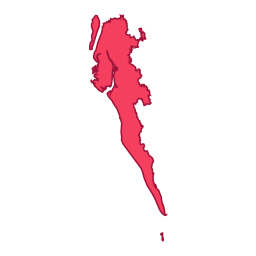 Cox's Bazar, Chittagong, Bangladesh (Robinson projection)
{"feature_id": "16705992B34517682786426", "entity_name": "Cox's Bazar", "entity_type": "district", "adm_level": 2, "iso_a3": "BGD", "parent_name": "Bangladesh", "parent_adm1": "Chittagong", "projection": "robinson", "projection_center": [92.099, 21.257], "detail": "fine", "context": "isolated", "style": "filled", "palette": "rose", "viewbox_px": 256, "rotation_deg": 0, "n_neighbors": 0, "source": "geoboundaries", "source_scale": "gbopen_adm2", "svg_char_len": 5673}
<svg xmlns="http://www.w3.org/2000/svg" viewBox="0 0 256 256"><path d="M123.4,19.1L123.1,15.4L122.4,15.7L122.2,16.4L120.5,15.4L121.0,17.3L120.3,17.6L120.0,18.7L119.6,18.3L116.6,19.0L115.9,18.3L114.6,18.1L112.8,19.2L111.8,19.3L110.6,18.7L110.4,19.9L109.7,20.8L110.4,21.2L109.7,22.2L108.7,22.1L108.9,21.1L108.5,20.8L107.6,22.2L106.7,21.9L105.8,23.2L104.2,23.1L103.4,23.5L103.8,25.9L103.2,26.5L102.5,26.4L102.3,29.6L101.4,33.5L98.1,41.8L96.0,50.0L94.1,53.2L94.2,54.3L93.6,56.0L93.8,58.2L94.8,59.0L94.8,59.6L96.8,61.9L97.5,62.1L98.3,61.8L98.4,61.0L96.8,57.6L97.0,55.5L98.1,54.3L100.9,53.5L97.7,54.9L97.2,56.0L97.3,57.8L98.9,60.8L98.9,62.5L98.0,64.4L98.1,65.7L97.5,65.0L97.2,66.1L96.1,66.5L95.6,67.6L95.6,69.2L95.1,70.9L95.5,71.4L96.6,69.6L97.0,69.6L97.7,67.4L97.1,70.3L97.6,70.6L97.5,71.1L96.5,71.7L96.0,72.7L95.9,74.1L96.4,74.5L94.5,74.4L94.1,75.8L95.0,77.1L95.7,76.8L95.9,77.9L98.7,79.3L97.8,79.3L97.9,80.3L97.5,79.9L96.4,79.9L96.2,80.3L94.5,79.7L92.9,81.8L93.4,82.8L95.0,83.5L94.5,83.9L93.3,83.2L94.6,86.0L95.2,86.0L95.5,86.8L96.0,87.0L99.0,90.4L101.5,91.4L102.2,90.7L101.7,91.9L102.0,92.1L102.6,92.1L103.7,89.7L104.7,90.0L105.6,89.0L102.9,88.7L100.6,86.6L103.3,88.5L103.9,88.1L105.9,88.4L106.2,87.6L105.7,86.5L107.9,86.4L111.3,85.4L112.1,79.5L112.5,70.8L113.3,67.5L113.1,69.6L113.7,69.2L113.6,67.9L112.2,62.8L109.0,58.4L106.9,51.5L107.0,50.5L109.3,58.4L111.6,60.7L113.8,64.4L114.4,64.7L116.0,67.9L116.2,69.2L115.8,70.0L117.0,69.9L117.4,69.2L116.3,66.3L117.6,68.9L117.2,70.0L115.0,71.2L113.6,75.2L114.8,83.8L115.5,84.0L116.1,85.0L116.0,86.8L117.0,86.8L117.7,87.4L115.8,86.9L116.0,85.6L115.0,84.3L111.7,91.4L110.9,91.4L111.0,92.2L110.3,94.1L110.2,93.5L110.7,91.9L110.3,91.0L107.8,92.6L107.2,93.9L108.5,96.7L112.2,100.8L113.0,102.7L117.3,109.3L119.8,116.0L119.8,118.3L120.8,119.1L120.6,119.4L121.7,123.1L121.1,131.9L121.7,137.1L121.5,140.3L123.4,144.4L140.9,168.0L142.2,170.7L144.3,178.4L147.5,186.1L151.2,191.8L154.9,198.5L159.5,209.4L161.1,212.1L163.2,214.3L165.1,215.4L165.9,215.3L166.2,214.9L165.5,215.1L164.5,214.3L164.9,213.6L164.8,212.3L164.2,211.9L164.5,210.9L163.7,206.7L161.9,202.1L161.1,196.8L158.9,191.0L158.5,190.2L155.7,187.6L154.2,185.1L153.0,179.4L153.2,175.1L152.5,172.7L152.4,169.8L151.5,167.2L152.4,163.0L153.2,162.0L153.5,161.0L152.5,158.2L148.9,155.1L147.4,151.2L146.5,150.8L145.0,151.4L144.0,150.5L143.6,147.9L144.4,146.1L143.9,144.2L142.8,143.9L141.1,144.6L140.4,144.4L139.9,140.9L140.5,140.3L139.8,139.4L140.2,137.9L139.7,137.5L139.6,136.5L139.2,136.0L139.5,135.2L138.9,135.0L139.4,134.6L139.0,134.1L139.6,132.9L141.0,131.8L141.3,128.8L142.6,127.6L142.4,126.6L142.9,126.4L142.6,125.6L141.3,125.9L141.0,125.6L141.2,124.9L140.4,123.8L140.7,123.3L139.8,122.6L139.7,121.0L139.2,121.0L137.8,118.7L137.6,117.3L136.9,117.1L136.6,113.4L135.9,112.3L135.6,112.6L135.1,109.5L133.9,107.2L133.6,104.4L133.2,103.8L134.7,103.3L135.2,104.0L135.7,103.9L136.1,102.8L137.5,101.8L137.2,101.2L137.5,99.7L138.7,98.5L139.2,98.9L140.9,98.5L141.4,99.8L142.2,99.4L143.3,102.9L143.8,103.4L143.7,104.3L144.2,105.5L146.0,104.7L146.9,103.8L149.2,104.3L150.8,103.4L150.8,102.5L149.5,101.5L150.1,99.5L148.8,98.9L148.8,97.1L148.2,96.1L149.1,95.9L149.1,94.9L150.1,95.1L149.6,94.3L149.8,93.7L149.5,92.6L149.6,91.2L148.7,90.6L148.6,90.0L147.9,90.6L147.5,89.8L147.1,89.8L147.3,87.9L146.4,87.2L146.5,86.4L145.1,86.0L144.3,86.5L144.2,84.6L143.0,84.5L142.7,85.1L141.9,85.3L141.9,86.8L141.4,85.8L141.4,84.9L140.3,85.7L139.4,84.6L139.6,83.6L138.0,81.4L138.0,80.0L139.0,78.7L140.6,77.7L141.7,75.4L140.8,74.8L139.9,72.8L140.0,72.4L139.4,72.1L140.0,71.5L140.1,70.1L139.2,69.2L138.3,69.1L138.1,69.9L136.3,70.8L136.1,70.2L135.5,70.0L135.9,68.8L135.3,67.0L133.6,65.9L132.9,64.9L131.1,64.4L130.4,63.1L129.2,62.7L131.4,61.5L131.2,60.6L129.6,60.2L130.4,59.8L130.5,59.0L131.1,59.0L130.3,57.7L129.4,57.7L129.8,57.3L129.4,55.9L128.2,55.2L129.9,53.9L129.6,52.9L129.9,52.4L130.6,52.0L131.4,52.2L131.3,51.3L130.4,50.0L131.7,50.5L132.1,50.1L131.5,48.6L130.7,48.0L131.2,47.4L132.5,47.7L131.6,46.3L135.0,47.0L135.1,47.7L136.0,47.1L137.8,47.4L138.3,46.7L137.4,45.5L138.2,42.7L138.2,41.5L139.0,40.9L139.3,39.9L140.3,39.3L140.5,38.1L141.1,38.1L141.1,39.9L142.3,40.7L142.8,40.6L143.1,38.8L143.7,38.6L144.5,39.1L145.7,38.8L144.5,35.6L144.8,33.9L143.4,32.0L142.7,32.2L142.4,32.9L142.0,33.1L141.7,31.4L140.8,30.5L141.5,30.8L141.7,29.6L141.1,28.3L139.3,28.7L139.5,29.3L139.2,29.5L139.7,31.1L141.0,32.7L141.1,35.5L141.7,36.0L142.6,40.2L141.4,39.9L141.4,38.1L140.8,37.7L140.2,38.1L140.1,39.1L139.1,39.7L138.9,40.6L137.8,39.7L136.9,40.2L135.7,39.8L133.8,36.3L132.8,37.3L130.8,37.2L130.5,37.6L129.8,36.3L129.8,34.9L129.0,35.2L126.5,34.6L125.9,33.4L126.5,32.3L126.1,32.0L126.6,30.9L127.4,30.7L127.8,29.5L126.7,26.6L127.2,25.8L126.7,24.0L126.9,23.4L126.3,23.3L126.5,21.2L125.8,21.1L125.9,20.4L125.2,20.1L124.8,19.0L123.4,19.1ZM95.8,15.5L94.9,16.1L93.8,18.2L92.3,19.5L92.5,22.7L91.7,23.6L91.5,26.4L93.1,31.6L91.7,35.5L92.0,40.5L90.3,43.0L89.8,46.0L89.8,49.3L90.4,49.6L92.2,49.1L92.1,46.4L92.9,45.6L96.8,32.7L99.3,26.0L99.5,22.1L99.1,20.1L97.2,15.9L95.8,15.5ZM94.2,72.5L95.1,66.3L92.3,68.4L92.7,70.3L93.2,70.4L92.9,73.2L94.2,72.5ZM162.6,233.1L161.3,233.4L160.8,234.3L162.3,236.0L162.5,238.5L162.1,239.0L162.2,240.0L162.6,240.6L163.1,240.6L163.3,238.9L162.5,236.1L162.6,233.1ZM156.7,187.6L155.6,184.9L154.6,184.0L154.5,184.6L154.9,185.5L156.7,187.6ZM115.5,69.9L115.9,68.1L114.8,66.1L115.5,69.9ZM113.6,71.1L114.5,70.0L114.2,68.8L113.5,69.9L113.6,71.1ZM91.5,82.3L91.6,80.5L91.4,80.3L91.0,81.1L91.5,82.3ZM153.7,174.5L153.7,173.5L153.3,172.6L153.3,173.5L153.7,174.5ZM110.5,86.6L110.6,86.1L109.7,86.3L109.9,86.7L110.5,86.6ZM93.0,83.0L92.9,82.7L92.4,82.1L92.3,82.7L93.0,83.0Z" fill="#f43f5e" stroke="#9f1239" stroke-width="1.5"/></svg>